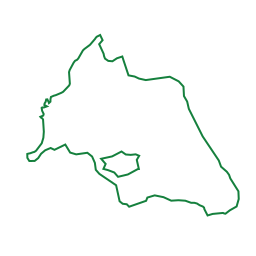 the border of Somogy, rotated 84°
{"feature_id": "HUN-3157", "entity_name": "Somogy", "entity_type": "County", "adm_level": 1, "iso_a3": "HUN", "parent_name": "Hungary", "parent_adm1": "", "projection": "equal_earth", "projection_center": [17.569, 46.411], "detail": "fine", "context": "isolated", "style": "outline", "palette": "green", "viewbox_px": 256, "rotation_deg": 84, "n_neighbors": 0, "source": "natural_earth", "source_scale": "10m", "svg_char_len": 1761}
<svg xmlns="http://www.w3.org/2000/svg" viewBox="0 0 256 256"><g transform="rotate(84 128 128)"><path d="M96.4,208.8L94.9,208.4L93.5,207.3L93.2,207.1L91.1,206.4L91.1,205.2L92.1,204.9L93.9,204.2L94.9,204.0L93.7,202.4L91.3,202.1L89.1,201.4L88.1,198.3L87.8,196.4L86.0,190.5L85.2,188.7L79.5,182.0L77.9,181.2L66.3,180.8L64.2,179.9L57.3,175.2L55.6,173.6L54.9,171.6L53.7,170.2L46.1,164.7L44.8,163.0L41.3,157.1L36.0,151.5L35.0,150.7L34.0,149.6L32.6,146.0L38.0,144.1L41.6,147.9L51.6,144.5L54.0,144.3L56.6,143.6L59.2,140.6L60.0,136.5L57.5,131.7L56.3,126.2L59.7,125.5L75.7,122.0L77.5,116.0L80.0,111.9L82.2,105.3L81.4,81.1L86.9,72.7L92.6,68.5L102.1,69.0L107.9,66.4L115.3,65.5L144.2,54.6L169.8,41.1L176.2,39.5L181.8,34.3L185.1,32.4L188.9,31.5L202.5,24.8L210.2,25.3L217.4,28.2L220.5,35.3L223.4,40.0L223.1,41.2L222.4,42.4L222.3,52.8L223.3,58.0L216.8,60.5L215.1,60.7L213.9,61.8L212.3,64.8L210.3,67.3L209.3,69.9L209.0,73.0L206.3,78.6L205.1,85.4L204.8,92.6L200.5,99.9L197.8,108.5L199.2,116.0L202.3,117.6L206.4,135.1L203.7,137.2L202.8,141.2L200.0,144.0L183.7,145.8L170.6,161.3L166.2,164.4L159.2,164.6L152.6,166.7L148.4,171.0L148.8,182.3L146.4,188.1L137.9,192.1L142.0,203.4L139.8,207.1L141.5,212.7L144.5,217.1L148.6,220.5L151.0,224.3L150.5,229.6L147.2,231.2L143.3,230.9L143.1,230.0L142.9,227.9L142.2,225.1L142.0,223.6L141.0,221.8L134.2,215.4L128.9,213.2L122.9,212.1L110.7,211.6L109.4,212.3L109.0,212.9L108.5,213.5L107.7,214.0L106.8,211.0L105.3,210.4L101.9,211.6L99.0,211.8L98.6,211.2L98.8,209.6L98.0,206.4L96.4,208.8ZM160.6,122.6L156.8,119.8L155.0,123.1L155.0,128.1L154.1,133.0L150.7,136.9L154.6,146.8L155.8,157.9L161.4,154.0L166.1,156.7L167.8,152.3L170.8,146.3L175.5,143.0L174.2,133.0L169.9,122.6L169.9,121.5L160.6,122.6Z" fill="none" stroke="#15803d" stroke-width="2"/></g></svg>